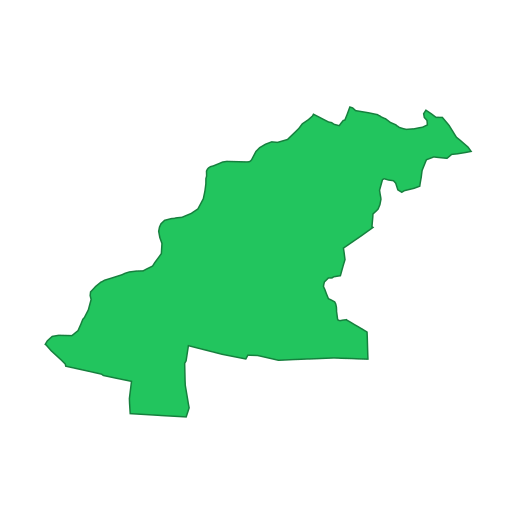 Ans, Dhamar, Yemen (Equal Earth projection), rotated 105°
{"feature_id": "15242507B14895692006944", "entity_name": "Ans", "entity_type": "district", "adm_level": 2, "iso_a3": "YEM", "parent_name": "Yemen", "parent_adm1": "Dhamar", "projection": "equal_earth", "projection_center": [44.359, 14.441], "detail": "fine", "context": "isolated", "style": "filled", "palette": "green", "viewbox_px": 512, "rotation_deg": 105, "n_neighbors": 0, "source": "geoboundaries", "source_scale": "gbopen_adm2", "svg_char_len": 4128}
<svg xmlns="http://www.w3.org/2000/svg" viewBox="0 0 512 512"><g transform="rotate(105 256 256)"><path d="M326.9,403.0L331.5,405.4L333.5,406.5L336.8,406.0L337.2,405.9L339.8,404.5L340.7,404.0L344.3,404.0L347.8,404.0L350.2,404.0L351.4,404.0L353.3,404.4L358.4,405.5L359.9,405.8L360.4,406.1L362.0,406.9L367.2,407.5L368.5,407.7L369.7,407.9L374.2,408.6L376.4,410.2L380.4,413.1L380.6,413.3L383.7,426.1L386.4,432.0L389.3,433.9L389.8,434.2L392.0,435.6L395.9,436.7L396.3,435.6L400.6,429.2L406.9,417.1L409.7,412.3L411.7,411.2L410.8,391.9L410.1,374.5L410.9,372.6L410.2,359.0L409.3,343.8L426.4,341.4L431.0,340.0L440.8,336.7L435.1,308.9L434.6,306.2L429.5,281.8L424.1,281.5L420.0,281.3L415.6,283.4L414.0,284.1L398.9,291.0L397.8,291.3L395.0,292.2L378.2,297.1L377.5,297.0L376.5,296.7L375.3,296.4L360.1,298.1L360.0,287.9L359.7,263.2L358.1,239.2L353.9,238.2L351.7,228.8L351.6,226.9L351.2,215.7L350.9,207.3L349.6,203.2L346.1,192.3L344.6,187.4L344.4,186.8L341.9,178.9L341.8,178.3L338.7,168.4L336.8,162.4L334.2,154.1L334.0,153.0L333.3,150.2L332.9,148.1L331.8,143.4L331.4,141.9L331.3,141.4L330.1,136.3L329.0,131.2L326.9,122.2L326.6,121.2L322.4,122.5L306.0,127.4L300.9,129.0L300.7,129.1L299.5,133.2L298.1,138.2L298.0,138.5L297.5,140.4L296.7,143.5L296.2,145.1L295.2,148.6L294.6,151.0L294.4,151.9L294.1,152.1L294.2,152.3L294.3,152.5L295.1,154.6L295.5,155.6L296.6,157.8L296.7,158.4L296.8,159.0L296.6,160.2L295.8,160.9L291.2,162.8L288.6,163.9L287.4,164.2L284.6,165.1L281.7,166.6L280.0,168.1L279.9,168.4L279.2,171.3L279.1,171.7L279.0,172.1L278.8,173.2L278.5,175.0L274.3,178.2L270.6,180.8L268.1,182.9L266.7,183.1L265.5,183.2L263.8,183.2L263.2,183.2L262.9,183.0L262.3,182.6L259.2,180.8L259.0,180.7L258.5,180.4L258.2,179.5L258.0,178.7L257.8,177.8L257.7,177.6L257.6,177.4L257.5,176.9L257.4,176.8L256.6,176.1L256.0,175.6L255.8,175.2L255.2,173.8L255.1,173.6L254.7,172.8L253.2,169.4L242.4,169.3L236.5,169.1L230.6,171.5L225.7,173.6L224.1,172.2L216.0,165.3L208.5,158.9L205.3,156.3L205.2,156.2L198.1,150.4L197.7,151.6L194.3,152.2L188.0,153.3L186.6,153.6L185.8,153.8L185.2,153.9L183.7,153.0L181.2,151.4L179.0,150.2L175.0,149.7L174.5,149.6L168.9,150.0L167.1,150.7L163.5,152.4L160.5,153.7L160.4,153.7L149.5,153.6L148.2,152.2L148.3,147.7L147.7,142.7L149.5,139.9L155.4,136.1L156.7,131.7L154.5,129.6L149.9,121.2L149.6,120.7L146.2,115.9L143.8,116.2L138.4,116.7L137.8,116.7L134.3,117.2L131.2,117.6L130.2,117.7L121.9,116.7L118.9,116.3L117.1,113.8L114.8,110.6L114.3,110.0L113.7,105.8L112.2,96.8L109.8,95.1L107.2,93.3L105.2,88.0L101.7,80.2L99.3,75.3L96.0,79.3L91.6,88.3L89.4,93.2L86.7,96.1L84.1,98.8L83.6,99.4L81.6,101.5L80.0,103.2L78.4,105.4L73.9,111.9L75.5,118.0L73.3,123.4L71.2,129.6L75.2,130.9L76.0,130.5L77.3,129.9L78.6,129.3L80.8,125.9L85.0,124.4L85.3,124.7L88.4,128.3L89.0,129.5L89.6,130.9L90.3,132.3L92.5,136.7L92.6,137.3L94.8,143.6L94.9,146.8L94.7,151.1L93.9,152.9L93.8,153.8L93.2,154.6L93.1,154.9L92.2,160.9L91.1,163.5L90.5,165.0L89.9,166.4L89.8,167.9L89.2,171.3L88.6,172.7L88.5,174.0L88.0,175.1L88.2,178.1L88.5,183.7L88.5,184.0L89.8,197.4L88.0,200.9L87.9,201.9L87.8,203.9L95.7,204.6L100.5,205.2L101.8,205.4L102.5,206.8L105.9,208.3L108.5,209.3L108.6,210.3L108.6,214.8L107.7,217.2L107.6,217.6L107.8,220.6L107.0,224.3L105.3,232.0L104.2,237.2L106.1,237.6L110.8,240.7L116.4,245.5L121.7,247.6L125.8,250.0L132.9,254.3L135.3,255.7L140.7,264.6L141.7,270.4L145.6,275.8L150.4,280.5L153.3,282.1L155.0,283.1L161.7,284.6L164.0,285.1L164.8,285.4L165.9,286.1L166.4,286.6L166.8,287.2L167.4,288.8L168.0,291.1L172.2,308.7L173.9,312.6L176.3,315.6L178.0,317.9L180.0,320.5L181.5,323.1L183.3,324.7L184.8,325.4L186.8,325.8L188.8,325.2L191.6,324.4L192.2,324.4L194.2,324.4L199.3,323.1L206.0,322.2L208.7,322.0L214.4,321.7L217.9,322.5L225.6,324.3L230.4,328.5L231.6,329.5L235.3,334.3L237.8,337.5L239.0,340.8L240.0,343.3L240.8,344.6L241.7,347.3L245.2,353.5L249.4,356.1L253.0,356.7L257.3,356.4L263.0,353.7L268.2,350.1L269.1,349.9L278.3,348.0L278.6,348.2L281.6,349.3L288.4,352.0L292.5,353.3L294.1,355.1L296.8,358.2L299.6,361.2L301.6,367.8L304.2,374.2L306.6,378.0L308.8,380.6L314.2,389.0L318.6,396.0L320.9,398.3L321.2,398.9L326.9,403.0Z" fill="#22c55e" stroke="#15803d" stroke-width="1.5"/></g></svg>